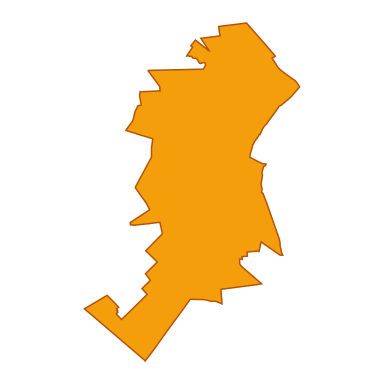 the district of Socodor, Arad, Romania
{"feature_id": "2599482B92600377447985", "entity_name": "Socodor", "entity_type": "district", "adm_level": 2, "iso_a3": "ROU", "parent_name": "Romania", "parent_adm1": "Arad", "projection": "albers", "projection_center": [21.428, 46.517], "detail": "fine", "context": "isolated", "style": "filled", "palette": "amber", "viewbox_px": 384, "rotation_deg": 0, "n_neighbors": 0, "source": "geoboundaries", "source_scale": "gbopen_adm2", "svg_char_len": 3013}
<svg xmlns="http://www.w3.org/2000/svg" viewBox="0 0 384 384"><path d="M145.1,361.0L146.2,359.6L147.8,357.5L149.3,355.7L156.4,346.1L162.8,337.0L167.7,330.2L172.7,323.3L176.9,317.7L182.5,310.1L190.1,299.5L190.7,299.3L203.7,299.6L206.7,300.1L211.0,301.3L212.9,301.3L215.4,301.2L217.7,302.1L218.7,302.5L222.0,303.9L221.8,300.7L221.5,297.5L220.9,289.3L228.0,288.4L247.0,285.9L256.4,284.7L261.6,283.8L246.0,270.3L241.8,266.7L239.9,264.3L239.8,263.8L239.6,259.1L242.3,259.3L242.0,256.6L247.4,256.2L247.0,252.1L249.1,251.8L254.1,251.4L256.5,251.1L258.4,251.0L258.5,251.3L259.0,251.5L261.1,242.0L280.1,255.1L282.7,255.2L281.4,251.9L280.1,245.4L279.9,241.5L279.5,240.6L279.4,239.4L276.6,231.4L267.7,205.9L265.6,200.2L262.9,193.2L262.3,192.8L261.5,192.5L262.1,188.9L261.4,186.1L261.1,184.6L261.1,183.7L261.5,181.4L262.5,175.2L262.4,174.3L261.9,173.1L261.9,172.7L263.2,168.0L263.6,166.7L264.0,166.2L265.3,165.7L265.8,164.7L266.0,164.1L262.4,163.6L258.0,161.5L256.6,160.8L251.6,158.2L249.7,157.2L250.6,152.7L251.4,150.3L252.8,145.0L253.6,143.7L254.4,142.0L254.9,141.2L257.9,137.0L259.4,134.3L260.0,134.6L260.9,132.7L262.6,128.7L264.2,126.4L266.6,123.8L268.6,120.9L270.6,118.2L274.2,113.4L278.3,107.6L278.6,106.6L279.0,106.3L281.1,105.3L288.9,98.7L291.8,96.1L293.1,94.4L298.7,88.1L299.6,87.0L298.9,85.8L297.2,83.3L295.8,81.3L294.1,79.8L293.2,79.4L291.9,78.5L290.0,77.0L286.9,74.9L283.9,72.6L281.2,70.5L280.0,69.5L278.6,68.0L277.7,67.0L277.6,66.7L276.8,65.7L275.9,63.9L275.7,63.8L272.1,58.1L272.6,57.8L273.3,57.3L275.3,56.1L274.1,54.7L266.5,45.8L247.1,23.7L246.6,23.0L240.4,23.8L222.4,26.0L218.7,26.5L218.9,28.3L220.0,35.9L200.8,38.3L209.3,50.9L209.1,50.9L195.4,40.1L191.2,45.3L190.8,45.7L192.6,47.1L189.6,51.6L187.4,54.8L186.9,55.7L186.8,56.1L187.6,55.9L188.1,55.9L188.5,55.9L189.4,56.2L190.2,56.4L190.7,56.4L191.3,56.3L191.6,56.4L192.0,56.4L192.3,57.5L192.8,57.9L193.0,58.0L194.0,58.3L195.0,58.2L195.7,58.3L196.7,58.9L197.3,59.5L197.8,60.1L198.6,61.9L199.3,62.8L199.9,63.4L200.9,63.5L201.4,63.3L202.6,62.7L204.2,62.6L204.7,62.8L205.0,63.1L205.6,65.3L203.2,69.2L192.0,69.4L171.9,69.9L148.3,70.4L148.1,70.6L153.7,78.4L159.8,86.6L160.0,91.1L159.1,90.9L153.2,91.2L147.5,91.5L141.5,91.8L140.1,91.6L139.8,93.9L139.6,96.1L141.3,105.0L140.9,105.2L137.9,105.7L136.1,109.6L135.1,111.4L133.1,119.7L132.6,121.0L130.8,123.5L128.3,126.9L125.9,130.4L131.1,132.1L133.2,132.7L135.2,133.3L136.4,133.7L137.1,134.0L140.6,135.1L144.8,136.3L152.8,138.8L151.5,148.0L151.5,157.1L135.6,186.7L135.4,187.9L142.0,197.2L145.2,201.6L146.0,202.7L149.7,209.8L144.5,213.2L136.5,218.4L133.9,220.2L130.2,222.5L130.5,224.9L134.1,225.2L140.2,224.5L148.8,223.7L155.2,222.8L159.9,222.4L162.4,233.8L145.7,250.8L157.3,262.0L145.4,273.8L150.4,280.3L142.0,288.6L147.2,294.4L121.5,319.6L116.2,313.8L117.9,312.2L117.0,310.9L117.6,310.3L116.5,308.7L118.7,307.3L115.6,303.9L107.1,295.3L102.0,298.4L95.7,302.1L92.3,304.1L90.9,305.0L89.4,305.9L86.9,307.3L84.4,308.8L117.7,337.2L118.3,337.7L144.9,360.5L145.1,361.0Z" fill="#f59e0b" stroke="#b45309" stroke-width="1.5"/></svg>